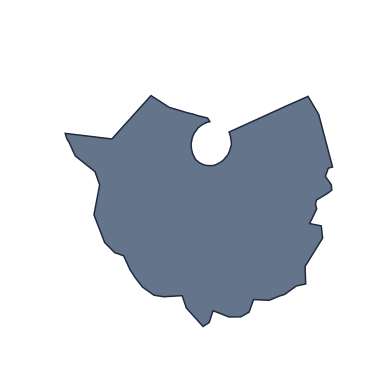 Ghabou, Guidimaka, Mauritania (Natural Earth projection), rotated 17°
{"feature_id": "47542326B82257373833544", "entity_name": "Ghabou", "entity_type": "district", "adm_level": 2, "iso_a3": "MRT", "parent_name": "Mauritania", "parent_adm1": "Guidimaka", "projection": "natural_earth1", "projection_center": [-12.146, 15.031], "detail": "fine", "context": "isolated", "style": "filled", "palette": "slate", "viewbox_px": 384, "rotation_deg": 17, "n_neighbors": 0, "source": "geoboundaries", "source_scale": "gbopen_adm2", "svg_char_len": 1224}
<svg xmlns="http://www.w3.org/2000/svg" viewBox="0 0 384 384"><g transform="rotate(17 192 192)"><path d="M275.0,66.6L255.8,83.2L231.6,104.7L209.9,123.8L212.3,127.2L214.7,132.1L215.9,135.0L215.9,141.7L215.4,146.1L214.2,148.7L212.6,152.4L210.2,155.7L207.4,158.4L204.6,160.5L200.5,161.8L197.2,162.6L194.2,162.4L190.8,161.9L186.1,160.0L181.6,155.4L179.3,151.7L177.9,148.5L177.1,146.3L176.4,140.2L176.9,134.7L177.5,133.7L179.0,128.9L181.3,125.7L183.5,123.2L186.3,120.8L188.6,119.5L185.2,116.7L175.4,117.3L169.6,117.2L164.1,117.6L145.4,117.7L124.6,111.8L99.9,164.7L53.6,173.0L55.5,176.0L57.7,178.6L60.2,180.7L62.2,183.0L64.9,186.1L66.9,188.4L70.0,191.7L93.3,200.9L101.6,212.2L104.9,242.5L123.3,265.9L135.8,272.6L145.3,273.0L155.7,284.7L163.4,291.0L172.4,297.4L185.7,301.8L188.8,301.4L195.4,300.5L203.2,297.6L212.9,294.0L220.5,304.6L241.9,317.4L246.6,311.7L246.7,304.6L246.9,299.4L263.9,300.7L275.2,297.1L281.7,290.2L282.3,276.9L297.5,273.0L305.8,266.1L310.5,262.9L319.2,251.4L327.6,246.7L321.9,230.1L330.4,197.9L325.5,186.6L313.7,187.8L316.2,171.9L313.7,167.5L313.3,163.4L322.5,153.1L325.1,149.3L323.1,144.3L315.0,138.1L315.4,129.4L319.1,127.0L290.5,80.8L275.0,66.6Z" fill="#64748b" stroke="#1e293b" stroke-width="1.5"/></g></svg>